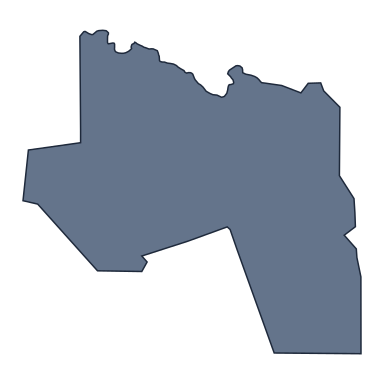 outline of Maprik District, East Sepik, Papua New Guinea
{"feature_id": "67681753B82575638855477", "entity_name": "Maprik District", "entity_type": "district", "adm_level": 2, "iso_a3": "PNG", "parent_name": "Papua New Guinea", "parent_adm1": "East Sepik", "projection": "albers", "projection_center": [142.998, -3.65], "detail": "fine", "context": "isolated", "style": "filled", "palette": "slate", "viewbox_px": 384, "rotation_deg": 0, "n_neighbors": 0, "source": "geoboundaries", "source_scale": "gbopen_adm2", "svg_char_len": 1702}
<svg xmlns="http://www.w3.org/2000/svg" viewBox="0 0 384 384"><path d="M79.9,36.3L80.6,130.3L80.6,142.7L28.4,150.0L23.0,200.7L37.7,204.1L97.5,270.8L141.8,271.5L147.1,262.0L141.8,256.0L165.7,248.3L187.8,241.2L227.2,226.9L230.1,229.5L237.0,249.4L274.2,353.0L361.0,353.7L360.9,276.9L356.9,257.5L356.3,248.9L344.2,235.2L355.4,226.7L354.9,212.8L354.0,198.6L339.4,175.7L339.9,107.3L323.7,90.9L320.7,82.9L308.2,83.3L300.9,92.9L281.7,85.5L265.7,83.2L261.7,82.7L260.6,81.7L258.8,79.5L257.0,77.8L254.7,76.5L251.0,75.2L245.8,74.2L242.7,72.7L242.7,72.1L242.6,69.7L242.1,67.8L239.9,66.0L237.7,65.6L236.0,65.8L229.5,70.1L228.4,71.6L227.7,73.8L230.6,76.7L231.4,78.0L233.0,79.8L233.7,82.5L233.4,83.7L231.1,84.5L229.2,84.7L228.4,86.0L228.0,87.7L227.7,89.9L226.8,93.3L224.4,96.4L221.7,97.3L217.0,95.1L212.9,94.7L209.9,93.4L206.2,91.3L203.0,87.1L200.6,84.9L198.4,83.6L196.7,81.6L195.1,79.7L194.3,78.1L192.8,74.2L191.7,73.2L190.6,72.7L188.5,72.6L186.6,73.1L184.8,72.1L184.0,70.6L180.6,68.7L178.1,67.1L176.4,65.5L173.6,64.1L170.6,63.5L167.4,63.1L164.6,62.1L161.9,62.0L160.1,61.4L159.5,60.5L159.2,56.1L158.7,55.2L158.3,53.2L157.3,50.7L153.2,48.9L151.5,48.8L149.0,49.0L145.6,47.7L143.8,47.2L142.3,46.2L139.7,45.1L136.9,43.7L135.7,42.6L134.7,42.2L134.0,43.5L132.3,44.2L131.7,44.9L131.1,47.1L131.6,48.4L131.2,49.0L129.4,50.7L127.9,51.7L125.6,52.8L123.3,53.3L121.5,53.3L118.5,53.0L116.0,52.0L115.0,50.9L114.5,49.2L114.6,47.2L114.6,44.1L114.1,43.2L112.9,43.0L108.5,43.8L108.0,43.6L107.5,42.4L107.5,39.1L107.6,35.8L108.4,34.1L108.4,32.8L107.2,31.6L106.1,30.7L102.8,30.3L98.7,30.6L96.8,31.2L94.2,33.4L92.9,34.5L91.6,34.6L88.8,33.6L85.3,31.5L84.5,31.5L83.7,31.8L79.9,36.3Z" fill="#64748b" stroke="#1e293b" stroke-width="1.5"/></svg>